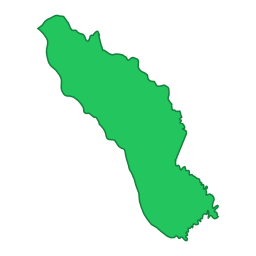 outline of Luabo, Zambezia, Mozambique
{"feature_id": "85939544B83504353793512", "entity_name": "Luabo", "entity_type": "district", "adm_level": 2, "iso_a3": "MOZ", "parent_name": "Mozambique", "parent_adm1": "Zambezia", "projection": "equal_earth", "projection_center": [36.12, -18.323], "detail": "fine", "context": "isolated", "style": "filled", "palette": "green", "viewbox_px": 256, "rotation_deg": 0, "n_neighbors": 0, "source": "geoboundaries", "source_scale": "gbopen_adm2", "svg_char_len": 5856}
<svg xmlns="http://www.w3.org/2000/svg" viewBox="0 0 256 256"><path d="M167.5,87.0L165.1,85.5L164.4,85.2L162.8,85.4L160.2,86.1L158.0,86.2L157.5,86.1L157.0,85.9L156.2,84.9L155.4,83.4L155.1,83.1L155.0,82.8L154.2,81.5L151.6,81.3L150.8,81.1L149.5,80.4L148.5,79.5L147.7,77.3L147.4,75.1L147.0,74.6L144.9,73.1L143.7,72.5L142.3,71.9L141.0,71.1L140.0,70.2L139.4,69.2L139.1,69.1L138.5,67.9L138.2,66.5L138.2,65.1L138.5,61.9L138.3,60.6L137.6,59.4L137.2,59.1L133.7,57.7L132.5,57.5L131.3,58.0L131.2,58.2L129.1,59.8L128.1,60.1L127.6,59.9L127.2,59.4L126.7,58.1L126.2,57.3L122.4,54.9L119.8,54.3L116.4,54.0L115.1,54.1L113.1,54.7L111.7,54.7L110.3,54.1L109.5,54.0L108.8,53.4L108.3,53.2L104.5,50.4L103.5,50.2L102.9,50.4L101.9,47.1L101.3,45.6L100.3,42.0L99.1,36.7L98.6,35.2L98.7,34.3L99.1,34.5L98.4,32.6L97.9,31.5L97.4,31.3L97.0,31.3L95.9,31.9L93.9,33.9L93.4,34.8L93.0,35.3L92.5,35.4L91.5,35.2L90.5,35.8L90.1,36.5L90.0,37.1L89.5,38.7L88.7,40.4L88.3,41.0L87.9,41.2L87.1,41.0L85.9,39.9L85.6,39.2L85.0,37.2L84.3,35.9L83.2,34.5L82.0,34.0L80.6,33.7L78.6,32.9L77.5,32.1L76.6,31.0L75.9,30.4L75.3,30.2L73.1,30.4L72.2,30.1L71.4,29.6L71.3,29.3L70.7,28.5L70.6,28.2L70.4,28.0L68.3,23.0L63.8,16.8L63.3,16.5L62.8,16.3L60.0,16.1L57.1,15.4L55.2,15.7L54.2,16.1L50.4,18.2L49.7,18.4L47.1,19.7L45.0,21.4L42.4,25.0L39.3,27.5L38.6,27.9L37.9,28.6L40.0,30.1L43.7,34.0L44.6,35.3L46.4,37.9L47.4,40.2L47.7,41.9L47.6,43.9L47.4,45.6L46.6,49.1L46.5,52.9L47.1,56.4L48.1,60.6L48.8,62.7L50.6,65.5L51.8,66.7L55.1,69.4L56.4,70.8L59.4,74.9L60.5,76.9L61.4,79.5L61.5,82.4L61.4,83.2L61.2,87.4L61.5,89.5L62.0,91.0L63.6,93.8L64.1,94.5L64.7,95.0L66.4,95.9L69.9,96.1L73.1,97.0L74.7,97.9L78.3,100.7L80.7,103.5L83.1,107.0L83.5,108.3L83.9,111.7L84.2,112.3L85.3,113.1L85.8,113.4L88.8,113.3L89.6,113.6L91.9,115.4L92.6,116.2L93.1,116.6L94.0,117.1L95.7,117.3L96.6,118.0L98.5,121.2L99.5,124.4L101.2,126.0L102.0,127.1L102.8,128.0L103.0,128.3L103.6,129.0L104.7,130.9L105.6,133.3L106.3,136.4L106.8,137.8L107.4,138.7L109.0,139.5L110.9,139.7L112.5,139.7L113.8,140.0L114.6,140.5L115.2,140.9L115.8,142.0L116.0,142.2L116.1,142.6L116.4,142.8L118.0,145.4L119.0,146.5L119.7,147.1L120.2,147.3L121.4,148.2L122.9,148.6L123.7,149.0L124.4,149.7L125.0,151.3L126.2,157.7L128.2,164.3L128.2,164.6L128.7,165.9L129.0,167.8L129.7,170.0L131.3,172.3L131.5,173.0L132.2,174.2L133.2,176.9L134.1,178.6L134.7,180.6L135.4,183.1L135.6,184.2L136.4,186.6L138.7,192.8L139.0,194.4L139.3,199.1L139.6,201.5L141.4,207.5L142.4,209.9L143.1,211.9L143.7,213.2L144.8,215.3L147.4,219.3L151.4,224.4L157.2,227.9L160.8,231.2L167.3,236.2L170.9,237.7L174.3,237.5L175.9,236.0L176.7,236.0L177.5,236.5L178.8,238.2L179.0,238.4L180.0,238.2L180.7,237.3L180.9,237.1L181.3,237.1L182.0,237.2L183.0,237.9L183.2,238.3L183.9,239.0L184.1,239.3L185.2,240.3L185.7,240.6L186.3,240.6L186.8,240.5L187.3,239.9L187.4,239.2L187.0,238.1L186.2,237.4L185.8,236.8L185.8,236.1L186.3,235.8L187.4,235.4L187.6,235.0L187.5,234.4L187.2,233.8L186.0,233.2L186.1,232.9L186.2,232.5L186.6,232.1L188.3,231.9L188.5,231.3L188.1,229.3L188.3,228.3L188.5,228.4L190.3,228.1L190.6,227.9L191.4,226.4L191.6,226.4L191.9,226.6L192.1,227.2L192.5,227.5L192.7,227.2L192.9,226.3L193.0,224.5L193.4,224.0L194.1,223.9L196.0,224.7L196.9,224.6L197.9,224.3L198.1,224.0L198.2,222.9L197.9,221.9L197.7,221.0L198.1,220.3L198.3,220.1L198.8,220.0L199.3,220.3L199.7,220.9L200.5,221.5L200.7,221.3L200.8,220.8L200.4,219.2L200.5,218.8L201.8,218.4L202.3,218.5L202.5,217.8L202.8,215.5L203.1,214.6L203.8,214.1L204.7,213.9L205.1,213.9L206.3,214.3L206.6,214.3L207.1,213.9L207.2,213.3L207.4,211.3L207.7,210.7L207.9,210.6L208.2,210.8L208.7,212.2L208.7,214.1L208.2,217.5L208.3,218.0L208.6,217.9L209.3,216.5L210.3,215.6L210.6,215.5L211.6,215.8L212.8,217.6L213.3,218.0L214.5,218.6L215.2,218.6L216.6,218.1L217.6,217.4L218.1,216.6L217.7,216.4L217.4,215.7L217.3,215.3L217.1,213.6L216.6,212.5L216.1,212.2L214.7,211.9L214.5,211.7L214.4,211.3L214.8,210.3L215.3,209.9L215.8,208.9L217.1,208.0L217.5,207.5L218.0,206.9L218.1,206.4L217.9,205.7L217.4,205.4L215.8,206.3L213.9,207.9L213.8,208.2L213.3,208.3L212.8,208.1L212.5,207.1L212.6,204.2L213.1,202.1L214.1,199.7L213.9,198.3L213.4,196.7L213.1,196.5L212.8,196.0L212.2,195.5L212.1,195.3L210.4,194.4L210.0,194.1L209.1,194.2L206.6,195.0L206.1,194.7L206.5,193.2L206.5,192.2L206.4,191.5L205.8,190.4L205.8,190.1L206.0,189.2L206.6,188.8L207.1,188.2L207.2,187.9L207.2,187.0L206.8,186.3L206.5,186.3L205.7,187.0L205.4,187.7L205.2,187.9L204.9,188.5L204.5,189.0L204.0,189.1L203.7,188.9L203.4,188.7L203.8,186.0L203.7,185.3L203.4,184.7L203.1,184.5L202.9,184.5L201.8,185.2L201.3,184.8L201.3,184.5L201.7,183.1L201.6,182.8L201.3,182.5L200.6,182.7L200.2,182.5L200.0,182.1L199.9,181.2L199.7,180.2L199.0,179.0L196.2,178.0L194.8,176.7L193.4,176.0L192.0,174.6L191.6,174.5L189.7,175.0L189.3,174.7L189.4,173.1L189.4,172.1L189.0,170.8L188.4,170.5L186.2,170.7L185.8,170.1L185.4,168.3L185.1,167.4L184.7,166.7L184.2,166.8L182.6,167.9L181.4,169.7L181.2,169.8L180.7,169.6L180.2,169.1L179.4,166.5L179.2,166.3L178.6,165.5L178.2,165.3L177.4,165.8L176.9,165.8L176.5,165.7L175.9,165.4L175.7,165.1L175.6,164.5L175.6,163.2L175.4,161.6L175.5,161.0L175.8,160.9L175.8,160.6L175.5,160.0L175.6,159.7L175.7,159.4L176.6,158.4L176.7,157.7L176.8,156.9L178.0,154.3L186.4,133.7L186.3,131.7L185.9,130.8L183.9,129.6L182.7,129.2L182.6,128.9L182.7,128.7L184.3,128.4L184.7,127.9L184.6,127.0L184.1,125.7L182.8,123.9L182.2,123.6L180.3,123.2L180.1,122.8L180.3,121.9L181.2,121.0L181.2,120.2L180.2,120.0L179.7,119.5L179.6,118.9L180.6,117.9L181.6,117.4L181.7,117.1L181.5,116.1L180.9,115.3L180.6,114.3L180.5,112.9L179.9,111.3L179.7,111.1L179.2,111.1L177.2,111.4L176.3,111.3L176.0,111.3L174.7,110.2L174.0,110.0L172.9,110.2L172.5,110.0L172.1,109.4L171.6,105.7L171.8,104.1L170.7,103.0L169.6,101.6L169.3,100.9L169.0,100.7L168.8,100.0L168.3,99.4L168.1,98.8L168.2,97.3L169.0,94.9L168.9,90.1L168.7,88.7L168.2,87.7L167.5,87.0Z" fill="#22c55e" stroke="#15803d" stroke-width="1.5"/></svg>